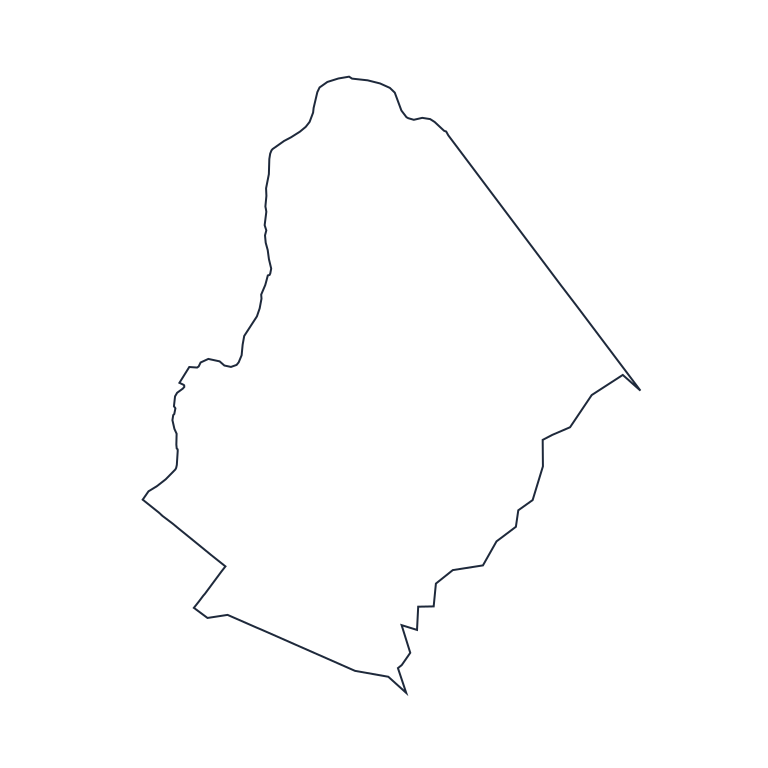 the district of Montgomery, Maryland, United States of America, rotated 83°
{"feature_id": "52423323B79763443872127", "entity_name": "Montgomery", "entity_type": "district", "adm_level": 2, "iso_a3": "USA", "parent_name": "United States of America", "parent_adm1": "Maryland", "projection": "natural_earth1", "projection_center": [-77.245, 39.144], "detail": "fine", "context": "isolated", "style": "outline", "palette": "slate", "viewbox_px": 768, "rotation_deg": 83, "n_neighbors": 0, "source": "geoboundaries", "source_scale": "gbopen_adm2", "svg_char_len": 1833}
<svg xmlns="http://www.w3.org/2000/svg" viewBox="0 0 768 768"><g transform="rotate(83 384 384)"><path d="M583.0,600.0L594.7,587.7L594.1,567.4L610.1,540.4L612.8,535.7L632.1,503.3L665.2,447.7L675.1,415.4L693.3,399.6L667.7,404.8L665.1,400.6L654.0,390.7L625.5,395.9L632.1,381.2L609.2,377.2L610.8,361.8L588.4,356.8L577.1,338.4L576.1,307.9L553.9,291.5L541.8,270.5L525.7,266.1L517.3,250.6L485.1,236.3L458.8,233.3L455.0,223.1L449.6,204.6L420.3,179.2L404.1,145.9L421.8,130.3L331.1,182.6L310.6,194.6L308.6,195.8L145.0,289.9L141.0,291.5L140.0,293.5L130.1,301.8L126.7,305.9L124.5,313.6L125.4,322.2L123.1,327.6L121.9,329.2L114.7,333.4L96.1,337.8L90.8,342.1L85.2,351.3L80.6,363.2L77.0,378.5L74.7,381.2L74.8,383.1L75.2,392.0L77.3,403.4L80.8,409.9L81.8,411.8L86.2,414.6L101.4,420.2L106.0,421.3L114.8,425.9L119.2,430.3L123.3,436.7L127.8,446.2L130.6,453.6L130.9,454.1L137.2,465.9L138.4,467.2L141.5,468.9L146.7,470.4L161.7,472.7L175.4,477.2L183.0,477.8L193.4,480.1L196.0,479.9L198.7,479.8L211.8,483.1L217.2,482.1L222.0,484.0L229.4,484.2L236.9,483.1L246.0,483.0L255.7,481.9L260.4,483.4L261.8,484.3L262.1,486.1L267.4,488.2L271.3,489.8L280.3,495.0L284.4,495.2L293.8,498.2L301.4,501.9L319.3,516.9L327.7,519.5L338.1,521.8L344.8,525.6L347.1,528.0L348.4,533.8L346.2,540.2L341.5,544.4L337.7,555.3L340.3,563.4L344.0,565.8L344.9,567.5L343.4,575.2L357.9,586.9L360.4,583.0L361.0,582.5L362.6,582.6L364.1,584.3L367.5,590.4L370.8,592.9L380.5,595.2L382.7,594.0L388.2,595.8L389.2,597.0L394.1,598.4L403.0,597.5L408.1,595.9L418.9,597.5L422.7,597.6L423.7,596.8L425.3,596.9L439.1,599.5L441.9,600.5L443.4,601.5L452.0,612.3L457.7,621.8L461.8,630.8L469.4,637.6L484.2,623.1L487.9,620.0L496.8,610.8L502.4,605.5L516.1,592.3L532.9,576.2L544.3,565.0L545.7,563.6L550.3,568.2L570.4,587.3L572.1,589.2L577.5,594.4L583.0,600.0Z" fill="none" stroke="#1e293b" stroke-width="2"/></g></svg>